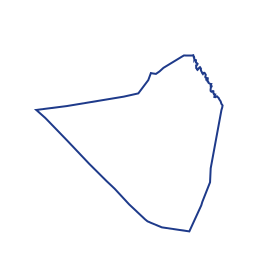 San Juan Achiutla, Oaxaca, Mexico, rotated 195°
{"feature_id": "50627088B30622720608002", "entity_name": "San Juan Achiutla", "entity_type": "district", "adm_level": 2, "iso_a3": "MEX", "parent_name": "Mexico", "parent_adm1": "Oaxaca", "projection": "equal_earth", "projection_center": [-97.513, 17.347], "detail": "fine", "context": "isolated", "style": "outline", "palette": "blue", "viewbox_px": 256, "rotation_deg": 195, "n_neighbors": 0, "source": "geoboundaries", "source_scale": "gbopen_adm2", "svg_char_len": 1531}
<svg xmlns="http://www.w3.org/2000/svg" viewBox="0 0 256 256"><g transform="rotate(195 128 128)"><path d="M42.5,174.3L44.1,175.6L45.4,177.7L47.0,179.1L47.6,179.7L48.2,180.5L49.3,181.0L50.1,181.6L50.5,181.6L51.5,180.4L52.6,180.3L52.7,181.1L52.5,182.9L53.0,182.8L53.7,183.3L53.9,183.1L54.2,183.5L54.7,184.1L54.8,184.7L55.0,185.6L55.5,185.7L56.8,184.6L57.7,185.1L58.1,186.1L58.2,186.7L58.5,188.7L58.4,188.8L58.1,189.3L58.0,190.0L58.4,190.1L59.1,190.2L59.0,192.0L59.5,191.9L60.0,191.9L60.9,192.1L61.8,192.4L62.2,192.9L62.5,193.5L63.0,193.5L63.2,193.9L63.7,194.1L64.4,195.2L64.9,195.1L64.9,195.7L63.6,195.6L63.8,196.7L66.0,196.7L66.2,196.8L66.6,197.3L66.5,197.7L66.6,198.9L66.7,199.6L68.2,201.0L68.4,201.0L68.6,201.1L69.1,200.9L69.6,199.5L70.5,200.2L71.4,201.4L71.8,201.7L72.5,202.7L72.9,203.7L72.8,204.0L73.9,205.2L74.2,205.4L74.7,204.8L75.2,203.6L75.9,202.1L76.5,202.4L77.4,203.7L77.7,203.7L77.8,204.2L78.4,206.1L77.9,206.4L77.5,207.0L77.4,208.0L79.1,208.9L79.4,208.9L79.5,209.2L79.9,211.1L81.3,211.3L81.5,210.8L81.7,211.6L81.9,212.0L82.3,212.6L82.2,212.9L82.7,213.9L82.8,213.9L83.0,213.8L83.8,215.2L85.1,214.5L92.8,212.5L94.3,211.0L109.3,195.3L112.2,190.8L115.0,187.5L118.2,187.1L120.1,187.0L120.8,179.5L127.0,164.1L140.2,157.2L192.9,133.3L221.3,121.7L210.5,116.3L183.8,100.3L156.1,83.3L135.2,71.3L125.2,65.9L107.1,54.5L87.9,44.2L85.0,42.9L83.6,42.7L83.4,42.7L82.8,42.6L81.8,42.4L69.6,40.8L42.0,44.0L37.2,72.2L37.1,75.8L34.7,96.8L37.7,110.5L42.4,169.6L42.3,172.2L42.5,174.3Z" fill="none" stroke="#1e3a8a" stroke-width="2"/></g></svg>